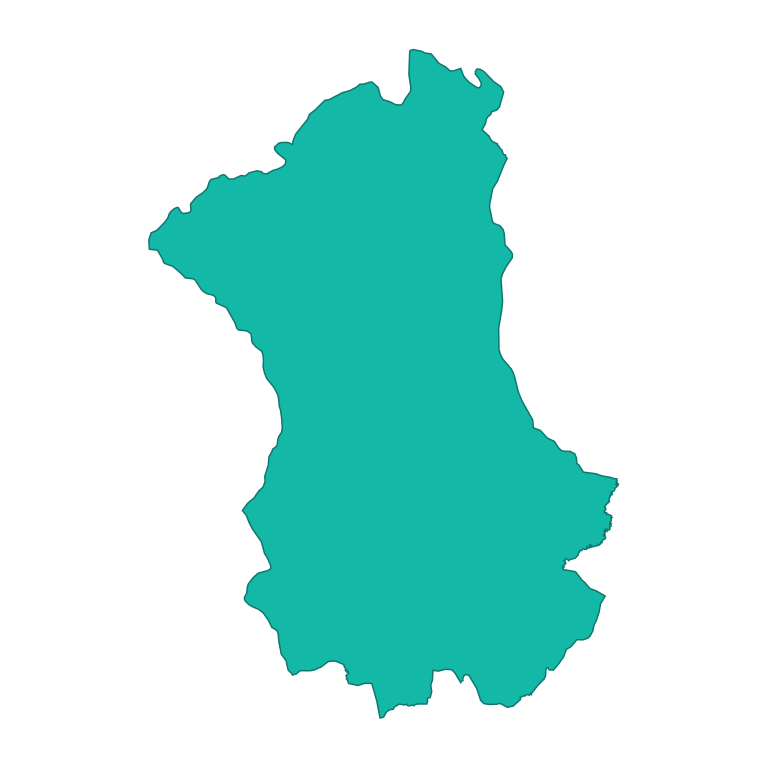 the district of Lahan Sai, Buri Ram, Thailand, rotated 179°
{"feature_id": "78962969B50384711100883", "entity_name": "Lahan Sai", "entity_type": "district", "adm_level": 2, "iso_a3": "THA", "parent_name": "Thailand", "parent_adm1": "Buri Ram", "projection": "natural_earth1", "projection_center": [102.826, 14.325], "detail": "fine", "context": "isolated", "style": "filled", "palette": "teal", "viewbox_px": 768, "rotation_deg": 179, "n_neighbors": 0, "source": "geoboundaries", "source_scale": "gbopen_adm2", "svg_char_len": 6078}
<svg xmlns="http://www.w3.org/2000/svg" viewBox="0 0 768 768"><g transform="rotate(179 384 384)"><path d="M523.1,186.5L523.9,184.6L525.1,176.9L527.4,172.8L527.1,170.7L526.3,169.2L523.3,166.1L520.0,163.9L513.3,160.9L508.8,157.3L503.8,149.9L500.3,142.5L496.7,140.4L495.1,138.8L494.2,136.4L493.6,128.2L491.4,115.6L486.7,109.0L484.8,99.6L481.5,96.3L480.6,94.6L476.5,95.8L473.4,98.5L472.2,98.8L462.6,98.6L458.4,99.4L451.6,102.3L444.8,107.3L442.5,107.8L437.4,107.8L429.9,104.6L428.8,103.6L428.8,102.4L427.5,100.5L427.7,98.6L426.7,98.3L427.0,96.8L426.1,98.1L426.0,96.4L425.0,97.0L424.6,96.2L424.4,95.2L427.1,93.1L426.2,91.2L426.8,89.9L426.0,89.2L424.6,85.2L415.3,83.0L408.4,85.1L402.3,84.9L401.3,84.4L396.7,67.0L393.8,50.1L390.2,51.0L388.0,54.9L386.4,56.9L384.9,57.4L384.6,58.2L380.5,58.6L379.2,60.9L374.8,63.4L373.8,63.7L369.2,62.7L368.4,63.2L366.3,63.1L366.1,62.1L365.0,61.7L360.6,62.4L359.5,61.8L358.4,63.1L355.4,63.5L346.8,63.3L346.0,66.1L346.0,69.2L343.3,69.7L341.7,75.4L342.5,82.3L340.7,87.0L340.1,96.8L334.5,96.0L327.8,97.7L321.3,97.2L317.9,93.5L312.5,84.1L311.5,85.7L310.2,86.2L310.5,87.9L309.1,91.0L307.5,92.0L304.3,91.4L296.6,78.0L292.9,66.1L289.7,62.7L284.0,61.7L276.8,61.9L274.3,62.6L272.0,61.9L266.4,58.6L260.6,59.7L253.0,66.2L253.2,68.6L251.3,68.8L250.2,70.0L248.8,69.4L247.0,70.8L245.3,70.9L244.2,70.2L243.2,71.3L242.1,70.9L242.3,72.1L241.9,71.9L235.5,80.0L228.9,86.4L227.5,89.6L227.2,95.4L226.1,97.6L225.0,97.4L224.0,95.4L219.6,95.0L214.6,100.7L209.2,108.1L206.4,115.4L201.4,118.3L195.6,125.0L189.6,124.7L184.4,126.4L182.5,128.2L179.6,133.3L178.3,139.1L175.6,144.3L173.0,151.9L171.3,160.5L166.5,168.1L175.3,173.4L181.7,175.9L186.3,181.6L189.5,184.5L195.4,192.4L196.3,193.1L208.0,195.3L208.4,196.2L207.4,197.4L208.3,197.2L208.6,198.0L206.6,200.1L206.4,201.3L205.4,201.3L206.0,203.0L205.7,203.7L207.2,204.4L204.8,206.3L202.2,204.1L201.0,205.3L196.2,206.4L193.1,209.2L192.3,212.1L191.4,212.6L191.3,214.0L189.2,214.0L187.7,215.9L186.2,215.2L184.4,215.2L183.9,217.7L183.2,216.2L180.4,217.0L180.2,217.5L181.5,218.3L181.1,219.8L180.3,219.0L179.3,219.1L178.9,217.5L173.0,218.8L173.0,220.0L171.6,219.2L170.3,220.4L170.1,221.7L168.8,221.5L168.5,223.8L165.5,225.5L165.1,226.7L165.7,228.9L166.7,228.4L167.2,229.2L167.0,229.9L166.2,229.6L165.7,230.7L165.4,232.1L166.2,232.5L166.1,233.6L165.4,234.9L164.5,233.1L163.7,232.7L163.3,234.7L162.6,234.0L160.9,234.4L160.6,235.9L160.9,236.7L160.2,237.4L160.4,238.0L159.5,238.1L160.5,239.5L159.6,239.3L159.1,240.1L160.2,240.9L159.8,241.6L160.2,242.4L159.5,242.6L159.1,245.0L159.6,246.0L158.4,246.4L159.0,246.9L158.7,248.2L162.9,250.2L163.6,249.9L163.7,251.4L165.2,251.9L166.4,251.3L165.8,252.1L166.0,253.6L164.7,254.1L164.3,255.3L164.8,256.5L165.7,256.7L165.6,257.4L162.5,261.1L161.2,261.6L161.5,262.8L160.6,263.2L161.0,264.2L160.6,266.5L159.9,267.0L159.7,268.7L158.7,269.1L158.8,270.1L158.1,269.3L157.7,269.6L158.4,271.9L157.0,272.3L155.1,274.2L155.0,275.7L152.8,277.4L152.9,278.2L152.1,278.1L151.4,279.7L151.9,280.3L152.8,279.4L153.9,279.8L152.7,281.4L153.6,282.6L152.6,283.2L152.9,285.2L156.2,285.4L158.0,286.4L168.0,288.4L173.8,290.6L186.2,292.4L190.7,299.9L192.6,301.1L192.9,306.7L194.5,310.9L199.3,313.4L205.0,313.6L207.9,314.4L210.9,317.5L214.5,323.5L221.9,327.3L228.5,334.9L235.4,337.5L236.0,345.6L246.4,364.8L249.8,373.6L253.3,389.0L254.8,393.3L256.4,396.6L265.1,407.3L267.1,411.5L268.4,416.4L268.4,437.7L265.0,456.0L264.0,464.4L265.2,487.0L263.7,491.8L260.0,498.8L253.6,507.8L253.3,510.4L253.4,512.0L254.7,514.3L260.5,520.9L261.2,532.2L262.2,536.3L265.2,540.2L270.2,542.2L271.6,543.1L272.8,544.9L275.3,558.5L275.3,561.5L272.0,577.2L267.2,584.6L260.2,601.1L256.9,607.5L258.2,608.7L258.5,610.9L260.0,611.2L260.8,611.9L261.9,615.7L264.3,618.3L265.3,620.2L266.3,620.6L266.5,622.2L271.5,624.6L273.4,627.1L274.4,629.7L281.5,636.5L277.9,642.8L277.2,646.8L275.3,649.6L272.7,651.5L271.7,654.2L266.4,656.0L263.8,658.9L259.3,673.7L262.2,679.5L268.7,684.1L278.7,694.7L282.2,696.9L285.1,697.4L286.0,696.9L287.2,694.8L287.2,692.2L283.7,687.6L281.7,683.7L281.6,680.8L283.4,678.6L284.8,678.5L287.4,679.7L293.5,684.1L296.3,687.0L299.0,690.5L301.8,698.2L309.1,695.8L312.4,695.9L316.8,699.8L323.4,703.6L331.0,713.2L337.2,714.2L340.6,716.0L348.8,717.9L351.7,717.2L352.5,716.2L353.7,693.0L352.0,679.9L352.1,677.3L352.6,675.7L358.2,668.2L360.0,664.6L361.9,662.7L367.2,662.9L373.2,666.1L380.1,668.4L382.6,672.1L384.7,680.6L390.4,685.9L391.8,686.3L399.5,684.1L402.8,684.2L406.0,681.5L413.6,677.7L420.5,676.0L433.9,669.3L438.3,668.6L447.7,659.5L453.8,654.9L455.8,650.0L468.0,635.3L470.7,628.7L471.3,625.6L471.9,625.1L474.2,626.6L477.3,627.3L482.3,627.2L485.0,626.6L489.4,622.7L489.1,620.2L488.3,619.0L485.9,616.2L479.0,610.4L478.2,608.9L478.7,606.3L479.7,604.7L482.5,602.6L486.9,600.6L491.0,599.6L498.1,596.0L501.2,596.7L502.8,598.4L507.5,599.4L515.3,597.4L518.9,594.4L523.4,594.9L530.8,591.6L535.7,591.7L539.1,595.4L540.9,596.1L543.9,595.2L546.2,593.2L553.5,591.5L555.2,589.1L557.0,583.6L558.2,581.7L561.9,578.4L568.6,573.9L574.3,567.4L573.9,561.2L575.0,559.1L578.9,558.2L582.4,558.1L583.9,559.3L586.5,563.8L587.4,564.2L590.3,563.2L594.4,559.9L596.1,557.1L597.2,553.9L600.6,549.4L607.2,542.8L608.9,541.4L614.2,539.2L616.6,532.3L616.3,522.9L608.2,521.7L603.9,514.1L602.0,509.2L601.0,508.3L593.2,505.4L585.7,498.8L580.6,493.4L573.4,492.6L571.1,491.4L565.1,481.8L563.3,479.9L559.9,477.6L552.9,475.6L551.3,474.0L550.7,472.7L550.8,469.3L550.3,467.9L541.2,463.6L539.9,462.5L532.0,447.9L530.3,442.7L528.7,440.6L520.4,439.5L516.8,437.2L515.9,435.5L515.3,428.4L514.6,427.0L511.4,423.3L506.0,419.2L505.2,417.6L504.5,415.0L504.1,409.7L504.6,403.4L503.3,397.2L501.1,391.5L494.0,382.4L490.9,376.2L489.8,372.7L489.0,363.1L487.9,359.7L486.9,351.6L486.5,341.9L487.3,337.4L490.0,333.6L491.0,330.7L492.0,324.5L493.7,322.7L496.3,320.9L497.9,317.1L500.2,313.6L501.2,304.6L504.8,294.0L504.6,288.7L506.7,283.0L511.1,279.2L515.8,272.5L522.3,267.2L527.8,260.0L523.9,254.9L521.2,247.7L518.2,241.6L509.3,228.3L506.4,216.6L503.8,212.5L500.5,204.4L500.3,202.0L500.9,201.0L503.7,199.4L513.0,197.1L518.1,192.8L523.1,186.5Z" fill="#14b8a6" stroke="#0f766e" stroke-width="1.5"/></g></svg>